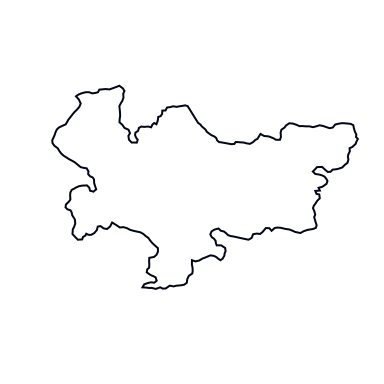 Camacan, Bahia, Brazil, rotated 104°
{"feature_id": "56859067B31300760989852", "entity_name": "Camacan", "entity_type": "district", "adm_level": 2, "iso_a3": "BRA", "parent_name": "Brazil", "parent_adm1": "Bahia", "projection": "robinson", "projection_center": [-39.517, -15.442], "detail": "fine", "context": "isolated", "style": "outline", "palette": "ink", "viewbox_px": 384, "rotation_deg": 104, "n_neighbors": 0, "source": "geoboundaries", "source_scale": "gbopen_adm2", "svg_char_len": 4344}
<svg xmlns="http://www.w3.org/2000/svg" viewBox="0 0 384 384"><g transform="rotate(104 192 192)"><path d="M136.3,61.0L135.0,57.5L133.9,55.3L131.9,52.2L128.6,50.2L126.1,48.2L122.7,48.1L120.0,49.3L117.7,49.4L114.3,48.7L111.4,49.7L109.6,47.4L105.8,44.9L103.2,44.6L100.4,43.9L98.9,46.2L96.6,46.4L93.9,48.6L90.7,50.5L88.2,51.6L87.5,54.3L87.9,57.4L88.3,59.9L88.9,63.1L90.2,66.1L91.8,69.3L95.5,71.1L96.8,74.0L96.5,77.7L96.2,80.8L96.4,84.4L98.1,87.1L99.8,90.2L99.9,94.1L100.9,98.2L101.3,100.8L102.1,103.6L101.5,107.1L101.2,110.7L101.8,114.2L104.5,116.7L107.2,117.9L109.9,120.3L112.8,120.4L117.2,119.0L120.1,119.3L121.0,123.2L120.1,126.3L119.5,131.0L120.2,135.6L119.1,139.6L121.9,140.5L124.7,141.4L126.2,143.2L128.8,144.8L131.3,147.5L131.6,151.4L131.5,153.8L132.0,156.5L132.4,159.1L133.0,161.8L135.1,162.5L136.1,165.4L136.4,170.5L136.7,175.0L137.0,177.8L135.9,180.0L133.7,181.6L132.7,183.8L132.1,187.1L131.1,189.6L130.0,192.2L128.3,193.8L127.2,195.9L126.0,198.3L124.5,200.2L123.4,202.9L109.7,217.0L109.6,219.6L110.9,222.5L112.0,225.2L113.1,227.5L113.4,231.1L114.8,233.5L116.1,236.7L119.3,237.4L120.2,240.5L123.5,239.9L126.0,240.8L127.3,242.9L131.0,242.5L134.9,242.9L134.2,245.4L136.4,246.8L139.1,247.3L139.1,250.4L140.4,254.1L140.8,257.1L142.7,259.0L145.7,259.1L148.0,261.2L150.4,261.1L152.7,259.5L154.5,257.3L157.4,257.5L158.6,262.6L156.5,265.8L152.9,267.3L149.9,266.4L146.9,268.7L146.2,272.9L143.7,275.8L141.9,279.2L139.0,279.8L135.6,280.1L131.6,281.3L128.6,282.4L126.2,283.3L123.1,282.5L120.6,281.7L117.2,281.3L113.2,282.5L110.3,282.0L108.2,284.1L106.5,288.2L108.7,291.3L110.7,294.3L112.4,296.8L113.0,300.7L113.9,303.3L115.1,306.7L117.9,307.3L119.1,309.4L120.4,312.6L120.1,316.0L120.8,319.1L122.8,322.8L124.8,325.6L127.2,327.7L129.6,324.2L133.0,321.4L136.6,321.9L140.0,323.6L142.7,325.3L145.1,326.5L148.8,328.1L151.8,329.5L154.3,330.1L156.9,330.9L159.4,334.1L161.7,336.8L164.1,338.3L167.4,338.9L170.2,339.1L173.0,339.6L175.6,340.1L178.3,339.2L180.6,336.4L182.0,332.9L184.3,330.6L186.1,328.5L187.8,325.4L188.6,323.0L189.8,319.5L190.6,316.3L191.5,313.0L193.5,308.8L194.8,306.1L194.8,303.3L194.5,299.9L197.0,297.5L199.7,297.1L201.4,294.7L201.9,291.9L203.5,290.1L207.0,289.1L209.5,287.6L212.6,285.6L215.5,287.7L215.4,291.2L212.6,292.8L211.0,295.5L212.4,300.2L213.8,303.2L215.7,305.6L217.3,307.2L219.0,309.2L221.8,309.9L224.6,309.5L226.7,308.8L228.8,308.2L231.1,309.1L234.6,311.3L237.5,311.0L238.9,308.8L239.2,305.4L241.0,303.8L243.5,302.6L247.0,299.0L251.0,297.6L254.3,298.0L257.1,298.6L261.7,297.8L263.7,294.8L265.9,291.2L264.6,287.1L261.8,286.8L260.2,284.9L258.1,284.5L258.6,282.1L258.0,279.6L255.7,277.0L251.9,275.1L248.4,275.1L247.2,272.6L248.7,268.9L248.5,265.5L245.2,263.1L240.9,262.1L242.5,257.2L243.9,253.4L242.7,250.1L242.8,246.4L243.7,242.9L243.8,239.5L243.7,235.2L243.6,232.3L244.5,229.0L246.0,226.2L247.0,223.4L249.1,221.0L251.1,218.2L253.0,214.8L254.7,211.5L258.2,210.6L261.4,211.2L264.2,213.1L266.2,217.5L269.4,216.9L272.7,215.9L275.8,215.3L277.9,216.7L280.9,216.5L282.6,212.0L283.0,209.3L283.6,206.7L286.6,204.8L289.1,206.6L289.6,210.1L291.4,213.5L293.3,216.1L296.5,217.0L295.8,213.1L295.5,210.4L294.8,207.9L294.8,203.7L292.2,199.8L292.8,196.9L291.9,194.1L288.3,191.0L288.0,186.8L286.8,184.8L286.0,182.5L284.8,179.1L283.6,176.9L281.3,175.1L277.6,175.5L274.1,174.8L271.0,172.0L268.7,172.2L265.7,173.0L262.3,174.6L258.2,175.5L258.5,171.8L256.7,168.4L254.1,165.8L252.3,163.2L250.9,161.3L249.0,158.8L248.7,155.1L249.3,152.6L250.5,150.2L251.3,147.9L249.4,146.2L245.9,145.2L243.7,145.5L241.2,145.1L238.3,146.3L236.7,150.8L237.8,155.1L235.8,156.5L233.6,157.3L232.0,159.4L231.0,162.0L228.6,164.0L225.5,163.5L223.1,161.2L221.0,157.4L222.6,154.8L222.6,151.5L223.8,148.8L225.1,146.7L225.4,144.2L225.1,140.5L224.8,129.7L224.6,125.6L222.1,123.0L218.2,122.5L216.7,119.2L216.2,115.7L213.6,113.8L209.1,111.6L208.4,108.2L210.4,105.4L206.9,103.0L205.9,100.7L205.3,97.5L205.2,92.4L204.8,87.9L205.8,82.1L205.6,76.9L202.9,74.0L200.8,70.7L198.7,65.8L196.9,63.2L194.2,63.0L189.9,65.6L186.7,67.4L184.3,66.9L181.3,68.5L178.4,70.7L176.0,70.5L173.8,69.6L170.1,68.3L167.2,66.5L163.6,67.9L163.7,70.8L161.1,72.6L159.7,68.3L157.3,70.2L155.4,66.8L151.6,63.5L148.6,63.2L146.9,64.7L145.0,67.1L144.4,69.8L144.3,72.7L144.7,76.7L142.9,79.7L140.4,78.2L137.6,76.7L136.2,71.8L138.2,68.2L139.7,65.2L138.9,62.5L136.3,61.0Z" fill="none" stroke="#020617" stroke-width="2"/></g></svg>